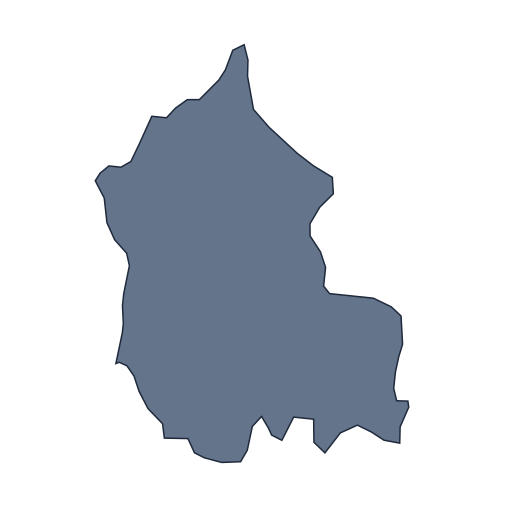 outline of Pyeongtaek-si, Gyeonggi, South Korea, rotated 96°
{"feature_id": "91817680B85680883794904", "entity_name": "Pyeongtaek-si", "entity_type": "district", "adm_level": 2, "iso_a3": "KOR", "parent_name": "South Korea", "parent_adm1": "Gyeonggi", "projection": "natural_earth1", "projection_center": [127.012, 37.017], "detail": "fine", "context": "isolated", "style": "filled", "palette": "slate", "viewbox_px": 512, "rotation_deg": 96, "n_neighbors": 0, "source": "geoboundaries", "source_scale": "gbopen_adm2", "svg_char_len": 1120}
<svg xmlns="http://www.w3.org/2000/svg" viewBox="0 0 512 512"><g transform="rotate(96 256 256)"><path d="M446.7,328.1L444.7,304.6L458.2,296.6L462.2,285.9L464.9,268.5L462.2,249.8L450.1,244.4L425.8,241.8L415.0,233.7L425.8,225.7L432.5,221.7L436.6,211.0L412.3,201.7L412.3,181.6L435.2,178.9L444.6,166.9L423.1,153.6L413.6,137.5L419.0,122.8L425.8,109.5L427.1,93.5L410.9,94.8L390.4,88.3L384.4,89.8L385.3,101.0L373.2,105.2L356.8,105.2L341.3,103.5L328.4,101.0L300.5,105.5L292.4,116.2L285.7,134.9L285.7,162.9L285.7,178.9L278.9,185.6L260.1,185.6L245.2,192.3L230.4,204.3L218.3,205.7L200.8,197.7L186.0,185.6L169.8,188.3L160.3,208.3L149.6,225.7L126.6,256.5L110.5,273.8L78.1,283.2L61.9,284.5L47.1,289.9L53.8,300.6L74.1,305.9L84.8,311.3L106.4,328.7L107.7,340.7L117.2,351.4L127.9,359.5L127.9,374.2L156.2,383.6L175.1,390.3L181.8,399.6L181.8,411.7L189.9,419.7L198.0,423.7L214.2,413.0L238.5,407.7L254.6,398.3L266.8,384.9L278.9,380.9L307.2,383.6L319.4,383.6L336.9,380.9L346.3,380.9L377.6,384.1L376.0,380.9L378.7,372.9L388.1,364.8L402.9,358.1L419.1,347.4L432.6,331.4L446.7,328.1Z" fill="#64748b" stroke="#1e293b" stroke-width="1.5"/></g></svg>